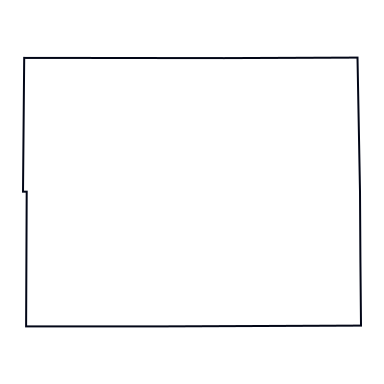 Ellsworth, Kansas, United States of America
{"feature_id": "52423323B44476326195036", "entity_name": "Ellsworth", "entity_type": "district", "adm_level": 2, "iso_a3": "USA", "parent_name": "United States of America", "parent_adm1": "Kansas", "projection": "albers", "projection_center": [-98.23, 38.696], "detail": "fine", "context": "isolated", "style": "outline", "palette": "ink", "viewbox_px": 384, "rotation_deg": 0, "n_neighbors": 0, "source": "geoboundaries", "source_scale": "gbopen_adm2", "svg_char_len": 250}
<svg xmlns="http://www.w3.org/2000/svg" viewBox="0 0 384 384"><path d="M24.2,57.9L23.0,191.7L26.7,191.7L26.1,326.4L160.6,326.4L361.0,325.6L360.4,258.6L360.0,191.6L357.5,57.6L224.4,58.1L24.2,57.9Z" fill="none" stroke="#020617" stroke-width="2"/></svg>